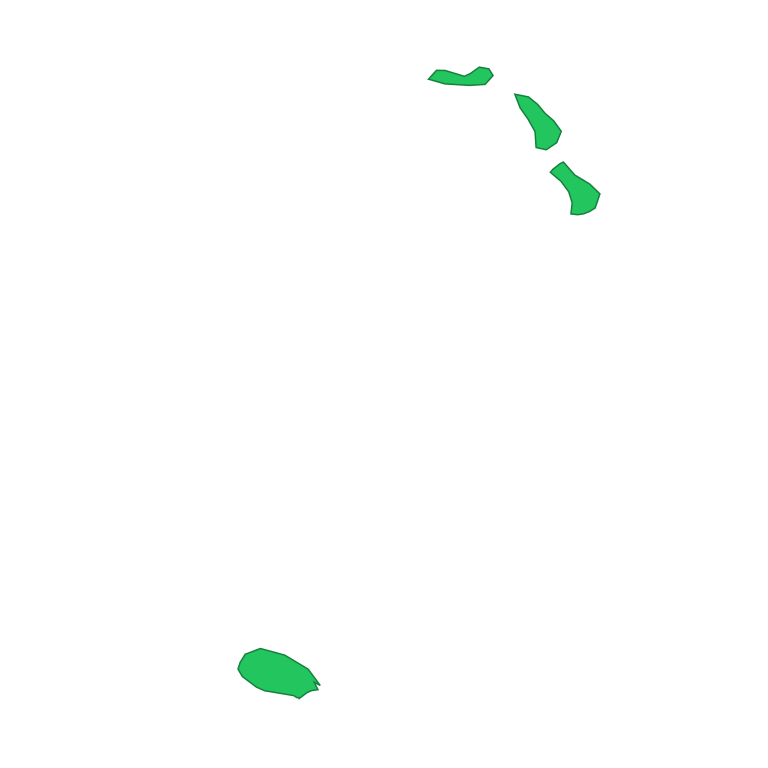 the state/province of Ha'apai, rotated 298°
{"feature_id": "TON-4948", "entity_name": "Ha'apai", "entity_type": "state/province", "adm_level": 1, "iso_a3": "TON", "parent_name": "Tonga", "parent_adm1": "", "projection": "natural_earth1", "projection_center": [-174.543, -19.707], "detail": "fine", "context": "isolated", "style": "filled", "palette": "green", "viewbox_px": 768, "rotation_deg": 298, "n_neighbors": 0, "source": "natural_earth", "source_scale": "10m", "svg_char_len": 875}
<svg xmlns="http://www.w3.org/2000/svg" viewBox="0 0 768 768"><g transform="rotate(298 384 384)"><path d="M80.2,388.3L92.4,399.0L98.0,423.7L96.6,450.9L87.9,469.2L87.9,462.4L83.1,469.2L79.3,464.0L75.3,460.9L66.5,456.8L67.1,456.4L66.2,454.2L66.5,450.6L57.1,422.5L56.5,413.5L59.2,396.2L63.8,388.9L70.7,387.7L80.2,388.3ZM621.9,469.2L632.3,465.1L640.4,456.9L646.0,445.3L649.0,431.5L652.8,432.3L661.2,436.0L664.2,438.2L658.1,454.2L657.1,472.0L653.2,485.4L638.5,487.8L632.7,484.4L628.0,480.4L624.4,475.5L621.9,469.2ZM664.2,407.3L677.7,398.9L685.4,387.0L691.7,374.6L701.3,363.5L705.3,376.8L703.0,388.4L698.5,399.4L696.0,410.4L690.3,421.9L678.2,423.2L667.0,417.3L664.2,407.3ZM698.7,314.5L708.5,319.4L711.5,328.7L707.5,335.5L696.0,332.6L687.7,319.1L677.6,296.9L674.0,280.2L685.6,283.1L689.5,290.7L693.4,310.5L698.7,314.5Z" fill="#22c55e" stroke="#15803d" stroke-width="1.5"/></g></svg>